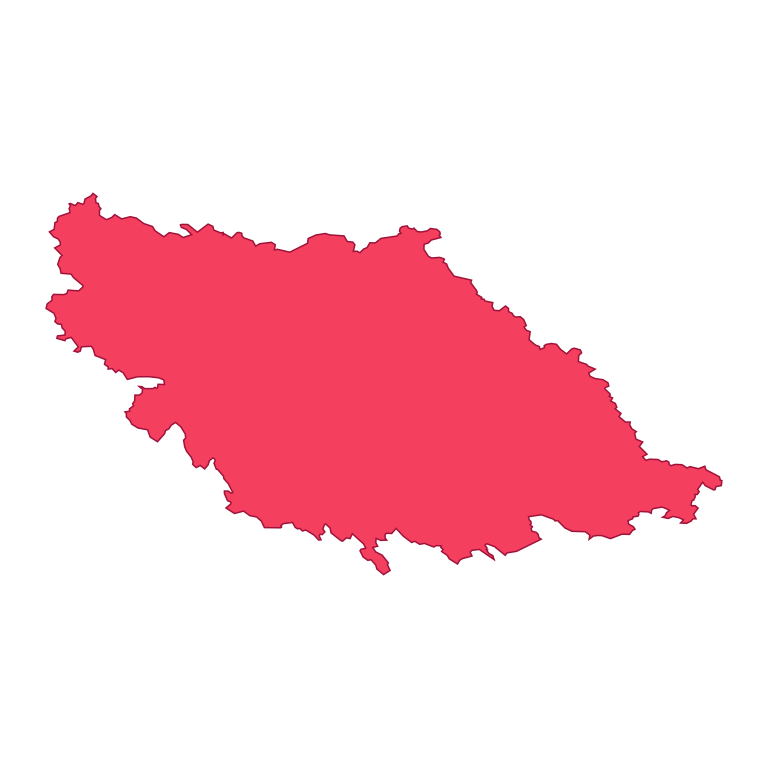 outline of Bailieborough - Cootehill Lea-6, Cavan, Ireland
{"feature_id": "5873133B65696194477644", "entity_name": "Bailieborough - Cootehill Lea-6", "entity_type": "district", "adm_level": 2, "iso_a3": "IRL", "parent_name": "Ireland", "parent_adm1": "Cavan", "projection": "equal_earth", "projection_center": [-7.085, 53.987], "detail": "fine", "context": "isolated", "style": "filled", "palette": "rose", "viewbox_px": 768, "rotation_deg": 0, "n_neighbors": 0, "source": "geoboundaries", "source_scale": "gbopen_adm2", "svg_char_len": 6062}
<svg xmlns="http://www.w3.org/2000/svg" viewBox="0 0 768 768"><path d="M100.9,208.7L99.1,206.7L98.3,203.5L95.9,202.7L95.5,198.5L97.0,196.5L92.9,193.4L91.0,195.9L85.0,199.1L83.9,203.6L82.9,204.3L77.8,202.6L75.8,205.2L74.4,205.3L70.3,203.4L69.1,203.9L70.5,205.9L69.1,208.4L70.1,212.6L59.0,216.4L57.5,218.2L57.2,221.7L55.0,222.5L54.1,229.4L49.4,231.9L53.5,236.7L58.3,239.1L60.2,242.1L60.4,244.9L54.7,247.9L62.1,255.5L60.0,257.5L57.7,264.4L60.1,268.6L61.1,273.3L71.1,274.1L73.5,277.6L82.9,285.5L82.9,286.9L78.6,290.9L68.1,290.1L66.8,293.4L63.9,294.6L53.5,294.4L51.9,296.6L52.0,300.3L47.2,303.9L46.1,308.5L54.0,313.3L56.0,318.4L54.9,321.5L57.5,323.9L61.4,324.3L62.1,327.9L65.2,331.2L65.0,335.0L57.5,335.9L56.8,338.3L64.9,340.7L65.7,338.9L71.2,337.4L78.3,346.9L74.0,351.1L77.7,352.2L80.3,351.1L81.4,346.8L91.3,346.3L93.2,349.0L95.1,355.5L105.6,359.6L104.5,364.4L108.1,366.7L108.1,369.1L112.2,368.6L115.7,372.5L118.7,370.1L123.1,372.7L127.4,379.4L137.5,376.8L149.2,376.7L158.7,377.8L163.8,379.9L164.5,384.5L158.0,384.3L157.6,387.5L156.4,388.4L155.0,387.3L152.8,388.6L144.7,388.6L142.0,386.7L139.1,386.5L142.6,389.3L142.0,393.2L139.3,395.1L134.9,395.1L134.7,400.7L132.7,403.7L133.4,405.9L129.4,408.9L129.6,411.2L125.0,411.9L126.3,413.4L126.4,417.0L129.9,420.4L131.9,424.3L138.0,428.0L147.6,429.8L150.2,437.1L157.5,441.7L164.5,433.8L165.5,430.6L168.8,428.9L171.3,425.1L175.6,422.5L180.7,426.6L185.2,433.9L185.7,438.0L183.6,440.2L184.7,446.8L186.6,451.3L191.1,457.0L193.2,461.9L192.6,464.1L193.3,465.0L196.2,467.6L200.2,465.5L204.7,468.9L208.0,465.0L209.5,460.5L213.0,457.9L214.7,459.2L215.2,460.9L214.0,463.2L216.3,469.2L217.6,469.4L223.5,476.2L223.9,478.7L228.3,483.7L232.8,492.5L231.0,493.1L228.4,491.1L224.4,491.0L224.4,493.5L227.5,500.7L230.8,502.0L230.9,503.8L226.0,508.0L234.5,513.5L243.6,511.1L249.7,515.6L256.7,517.0L261.4,521.2L264.4,527.6L280.7,527.8L281.6,527.0L280.7,525.8L283.4,523.6L292.5,522.5L295.2,527.4L297.5,528.8L299.8,528.5L302.5,531.0L305.7,530.0L314.0,535.0L318.6,540.0L321.0,539.8L319.2,535.9L320.0,534.3L322.2,534.6L324.9,531.9L322.9,529.0L324.4,524.7L325.8,524.0L330.1,528.1L331.0,532.8L341.0,540.7L342.6,541.2L346.4,537.8L350.1,538.6L352.3,533.7L363.7,544.0L365.7,548.3L361.1,549.2L360.0,550.7L363.0,556.8L367.7,560.3L371.1,559.8L375.8,565.1L376.8,568.9L383.6,574.6L390.1,570.4L387.4,564.7L388.4,563.0L382.2,555.2L375.7,551.9L372.8,547.5L377.7,546.2L375.8,542.7L376.1,538.4L380.8,540.4L386.7,540.1L385.1,538.1L385.1,534.6L386.6,533.2L391.7,533.5L396.1,528.4L403.2,536.1L411.7,542.5L414.8,541.3L419.7,544.3L424.4,543.4L433.8,547.0L436.3,545.6L441.3,545.9L440.8,547.4L443.1,549.3L441.6,551.5L447.3,555.4L449.3,558.9L457.5,564.0L459.7,560.3L462.4,558.6L472.0,556.0L470.2,552.2L471.7,550.4L479.2,549.4L494.1,559.6L492.8,555.6L489.1,553.6L487.1,551.0L487.6,549.9L486.3,549.5L487.0,547.9L485.0,545.3L486.7,543.7L494.5,546.6L505.2,555.3L507.1,552.9L516.6,551.3L541.2,539.2L538.9,537.6L538.0,534.1L536.4,532.4L531.9,531.2L531.1,528.6L532.4,526.8L530.1,524.8L531.1,523.9L531.0,521.7L529.1,519.6L528.5,516.7L541.4,514.8L553.7,519.3L555.0,520.9L557.7,520.6L564.9,527.9L571.9,531.3L585.2,531.7L589.8,535.1L589.1,539.3L593.3,536.1L597.4,535.5L601.8,535.6L610.5,538.6L621.9,534.2L629.5,534.4L632.4,530.6L635.0,529.2L633.3,526.6L628.7,524.2L628.0,520.7L632.7,518.7L632.8,517.0L638.1,516.1L638.9,514.4L638.3,512.9L640.2,511.5L648.5,511.9L651.2,513.3L651.6,510.0L653.4,508.5L662.2,507.1L667.2,509.1L669.4,510.3L666.5,512.8L665.1,515.8L662.6,517.2L668.2,518.5L672.8,516.4L679.0,517.7L683.5,519.9L680.6,523.0L686.7,523.3L691.2,521.0L692.7,518.9L696.0,518.8L693.6,514.2L698.1,508.1L695.2,505.7L691.6,505.7L691.0,504.6L692.0,500.7L693.7,500.1L695.2,496.9L694.9,494.5L697.3,494.5L699.2,491.7L697.6,489.5L702.7,482.2L705.3,485.7L713.9,490.0L715.1,489.5L715.9,486.6L721.3,485.6L721.9,480.6L720.3,480.2L719.4,476.8L706.0,469.8L704.8,466.2L698.4,468.7L690.0,466.6L687.1,468.0L682.0,464.7L675.1,464.4L670.8,465.7L669.3,464.5L668.9,462.2L666.7,460.8L661.8,461.8L658.0,459.5L649.5,459.2L645.8,460.3L642.6,456.7L647.0,454.2L639.3,446.5L642.7,442.0L635.9,439.1L634.6,433.3L636.3,431.6L631.9,428.9L629.7,424.8L630.2,422.0L625.5,422.1L619.0,416.7L621.0,413.4L615.1,408.8L616.8,407.2L615.3,403.4L610.7,401.0L612.6,398.0L609.2,396.3L610.3,395.0L609.8,393.6L604.8,388.9L605.3,387.6L608.8,386.1L608.0,382.8L603.0,379.7L594.9,378.5L590.2,376.4L588.7,373.1L595.2,369.1L588.0,366.1L586.5,364.3L578.4,361.6L578.8,355.3L581.6,352.9L580.3,349.9L574.3,348.2L571.8,348.9L566.6,353.9L560.5,349.4L556.5,344.3L551.5,343.5L546.1,344.4L544.2,345.7L544.5,347.6L540.1,349.5L539.3,346.5L535.5,345.1L529.1,339.7L530.2,331.7L526.4,330.3L524.6,327.8L524.2,326.8L526.3,325.5L523.7,319.6L520.2,316.7L515.6,317.1L513.4,315.6L512.1,313.3L508.6,311.6L508.5,308.4L505.5,306.0L499.4,310.7L494.1,310.3L492.0,306.2L492.8,302.6L484.9,301.0L484.2,299.3L481.2,298.9L481.8,297.4L476.3,294.1L477.3,292.6L476.5,290.5L470.7,282.7L471.6,280.2L454.1,276.2L448.2,268.1L446.6,264.0L443.1,262.3L444.4,259.2L443.0,258.4L439.6,257.4L431.5,258.0L428.2,256.1L423.9,249.4L424.1,244.3L428.3,243.0L431.4,240.0L440.9,237.5L439.3,235.4L440.2,233.9L439.8,231.9L436.9,229.4L430.4,228.5L427.5,230.8L421.3,232.0L417.2,231.5L413.9,228.1L412.5,229.1L408.4,228.1L407.4,225.9L402.3,226.6L400.1,228.2L399.5,231.3L401.0,233.4L398.7,233.9L397.2,236.0L380.9,238.4L375.4,242.9L369.8,242.8L367.1,247.6L363.7,249.0L359.9,252.7L357.0,251.2L353.3,251.4L354.9,244.9L352.8,242.1L347.3,241.5L344.0,235.9L329.8,234.9L325.2,233.5L316.0,235.0L308.2,238.5L307.5,243.3L289.8,252.2L277.4,249.3L274.4,249.9L275.3,244.8L271.4,242.3L259.9,243.7L255.6,246.1L252.8,241.0L243.9,237.9L242.0,235.9L241.7,233.2L238.7,232.4L237.0,232.7L231.6,238.0L224.2,233.8L223.1,234.7L223.2,232.5L220.6,232.8L213.8,230.1L212.8,226.3L208.1,224.1L197.4,232.2L187.8,224.5L181.8,224.4L180.4,224.9L181.4,227.4L186.4,229.4L191.7,234.7L183.1,237.5L178.3,234.3L169.3,232.6L163.9,236.8L155.1,230.8L152.5,226.5L143.8,223.6L136.3,218.0L130.3,216.7L121.6,218.9L114.7,214.6L111.7,217.5L106.4,219.7L99.5,215.4L99.5,210.4L100.9,208.7Z" fill="#f43f5e" stroke="#9f1239" stroke-width="1.5"/></svg>